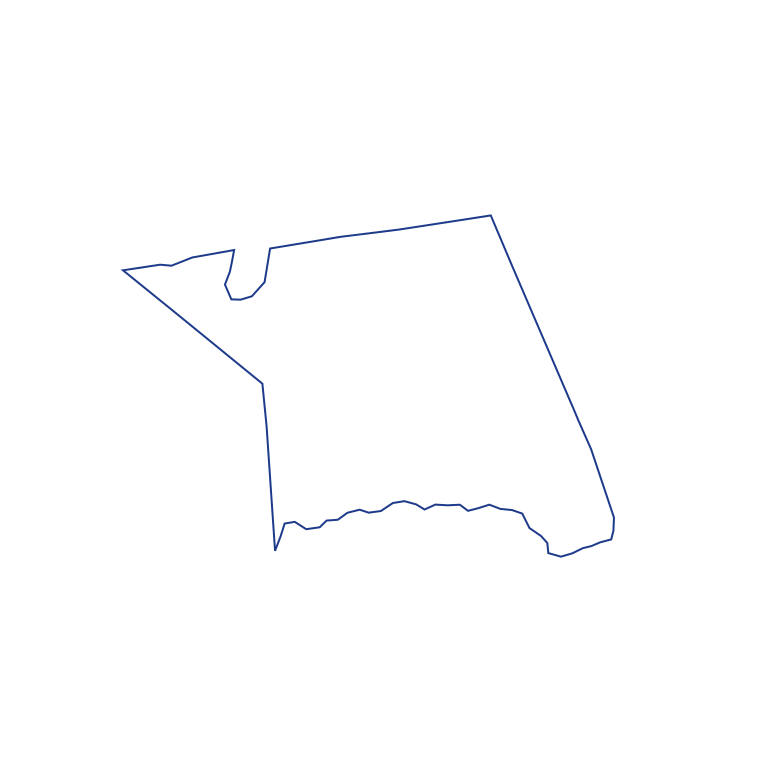 outline of Umbaúba, Sergipe, Brazil, rotated 309°
{"feature_id": "56859067B33305464141622", "entity_name": "Umbaúba", "entity_type": "district", "adm_level": 2, "iso_a3": "BRA", "parent_name": "Brazil", "parent_adm1": "Sergipe", "projection": "orthographic", "projection_center": [-37.678, -11.396], "detail": "fine", "context": "isolated", "style": "outline", "palette": "blue", "viewbox_px": 768, "rotation_deg": 309, "n_neighbors": 0, "source": "geoboundaries", "source_scale": "gbopen_adm2", "svg_char_len": 910}
<svg xmlns="http://www.w3.org/2000/svg" viewBox="0 0 768 768"><g transform="rotate(309 384 384)"><path d="M393.8,183.2L361.7,155.4L342.2,144.4L335.8,134.9L308.1,109.6L308.1,136.4L308.1,178.1L307.7,289.3L277.1,319.5L185.8,404.3L200.6,399.5L213.0,394.6L220.7,401.4L222.2,414.9L232.2,424.2L241.7,425.3L249.4,433.5L260.9,436.6L271.0,444.2L274.4,453.1L283.3,461.5L297.1,465.8L305.8,473.6L310.7,484.8L312.0,494.5L322.6,499.8L329.7,509.7L337.9,518.9L338.3,529.1L346.8,535.4L356.5,541.8L360.2,553.1L366.6,562.8L370.3,573.0L363.6,587.7L364.7,601.7L363.2,611.0L356.0,618.1L361.2,630.2L370.9,636.9L381.5,641.8L388.5,647.1L397.1,651.7L406.2,658.4L414.4,654.6L424.9,646.8L463.6,586.1L477.8,558.4L482.8,549.1L555.9,410.2L582.2,360.9L513.4,298.4L470.7,257.3L417.6,210.2L388.0,227.1L369.0,226.1L359.3,219.5L353.7,212.1L361.2,197.8L374.2,193.6L383.7,188.7L393.8,183.2Z" fill="none" stroke="#1e3a8a" stroke-width="2"/></g></svg>